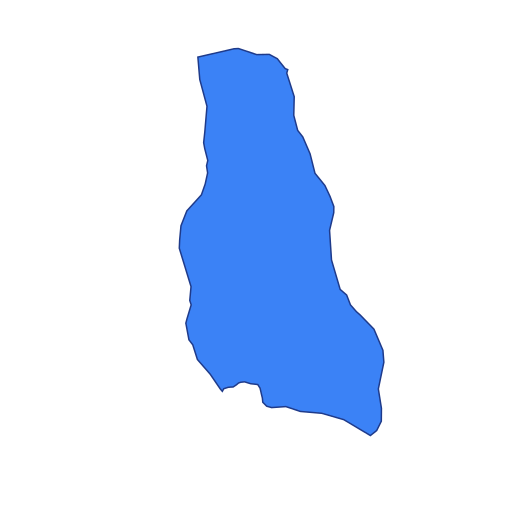 outline of Petapa, Guatemala, rotated 341°
{"feature_id": "79465075B74125992353590", "entity_name": "Petapa", "entity_type": "district", "adm_level": 2, "iso_a3": "GTM", "parent_name": "Guatemala", "parent_adm1": "", "projection": "equal_earth", "projection_center": [-90.558, 14.508], "detail": "fine", "context": "isolated", "style": "filled", "palette": "blue", "viewbox_px": 512, "rotation_deg": 341, "n_neighbors": 0, "source": "geoboundaries", "source_scale": "gbopen_adm2", "svg_char_len": 1166}
<svg xmlns="http://www.w3.org/2000/svg" viewBox="0 0 512 512"><g transform="rotate(341 256 256)"><path d="M265.8,49.0L260.3,70.8L258.4,98.5L248.0,122.0L243.4,131.8L242.5,137.7L241.5,150.0L238.6,154.6L237.3,161.7L231.4,171.4L224.3,180.4L205.3,190.8L194.9,203.0L189.0,216.1L186.0,223.7L184.6,263.8L178.9,276.5L178.8,281.1L170.1,293.2L167.8,296.7L165.3,313.4L167.3,319.4L166.9,334.8L174.2,352.8L179.0,370.3L180.1,373.0L182.3,371.0L186.9,371.1L189.4,371.7L191.7,372.4L195.6,371.4L198.1,370.4L200.5,370.4L204.3,371.3L206.2,372.7L209.5,375.1L212.3,376.4L215.8,378.1L216.8,382.3L216.5,385.3L216.1,388.9L215.8,392.3L214.8,396.5L217.2,401.5L221.4,404.4L235.2,408.1L247.3,417.4L266.9,426.1L285.7,439.3L305.7,463.0L313.3,460.3L320.7,453.0L325.0,440.9L328.4,421.5L342.3,398.1L345.3,386.5L343.7,363.6L335.3,345.7L332.8,341.3L329.4,333.0L329.0,322.4L324.7,315.0L326.1,284.3L333.9,255.7L343.6,240.4L345.7,234.6L345.4,223.8L344.1,211.8L338.7,197.0L340.4,177.1L339.0,158.6L336.3,150.8L337.5,135.3L344.0,117.8L344.6,93.1L346.7,90.1L344.6,88.3L341.9,80.8L340.4,76.4L334.2,69.7L322.2,65.8L306.9,54.1L302.7,52.9L265.8,49.0Z" fill="#3b82f6" stroke="#1e3a8a" stroke-width="1.5"/></g></svg>